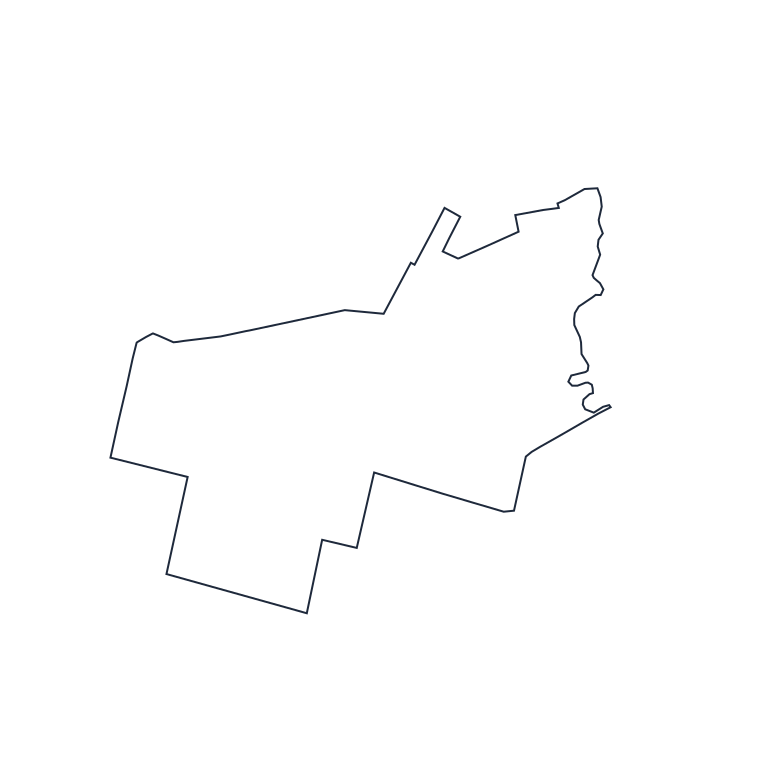 the district of Plosca, Teleorman, Romania, rotated 54°
{"feature_id": "2599482B28762716493728", "entity_name": "Plosca", "entity_type": "district", "adm_level": 2, "iso_a3": "ROU", "parent_name": "Romania", "parent_adm1": "Teleorman", "projection": "equal_earth", "projection_center": [25.135, 43.998], "detail": "fine", "context": "isolated", "style": "outline", "palette": "slate", "viewbox_px": 768, "rotation_deg": 54, "n_neighbors": 0, "source": "geoboundaries", "source_scale": "gbopen_adm2", "svg_char_len": 1471}
<svg xmlns="http://www.w3.org/2000/svg" viewBox="0 0 768 768"><g transform="rotate(54 384 384)"><path d="M523.9,581.0L473.7,525.6L500.6,502.4L449.8,444.0L485.9,417.0L507.0,401.2L532.4,381.7L557.7,362.2L562.9,353.3L526.1,311.9L525.7,304.4L526.6,294.5L529.5,268.9L531.8,246.8L533.9,228.1L536.0,214.3L533.4,214.3L531.2,220.2L530.5,231.1L522.7,236.1L517.5,235.3L513.8,231.7L513.4,227.7L513.0,223.7L514.2,220.3L510.1,217.7L506.7,216.3L502.8,218.1L501.4,220.3L499.1,228.4L495.9,232.8L490.5,233.5L487.2,227.5L492.8,213.8L492.8,211.3L489.3,207.8L486.7,207.3L475.9,206.6L466.1,200.1L461.0,197.9L448.2,195.4L443.2,192.0L438.8,187.9L435.8,180.9L436.4,164.5L436.3,160.4L439.4,156.4L436.7,151.5L436.4,150.9L429.3,150.0L425.4,151.0L421.4,151.9L418.5,151.3L408.3,135.9L406.4,133.1L398.4,130.3L393.4,125.7L390.8,118.5L381.1,115.7L377.5,113.9L368.5,103.6L360.1,98.9L351.1,96.3L344.1,107.2L341.6,129.5L339.9,137.5L344.3,139.1L341.3,144.7L336.8,152.9L324.5,178.5L339.9,185.6L333.0,218.8L326.3,249.7L325.8,250.5L311.3,258.6L304.4,245.6L293.5,224.0L277.1,231.5L289.2,255.7L305.5,289.2L301.7,291.0L327.0,343.0L301.2,372.3L262.8,458.7L261.5,461.6L260.1,464.5L253.3,479.8L249.5,488.2L246.9,492.9L242.9,500.1L231.5,520.6L228.6,526.2L226.5,529.8L219.2,534.0L212.0,538.2L209.0,540.1L207.3,541.2L207.2,541.4L206.1,548.9L205.1,559.2L205.3,560.0L215.6,572.3L234.7,593.7L258.5,621.3L282.8,648.6L343.8,597.5L409.9,671.7L524.1,581.2L523.9,581.0Z" fill="none" stroke="#1e293b" stroke-width="2"/></g></svg>